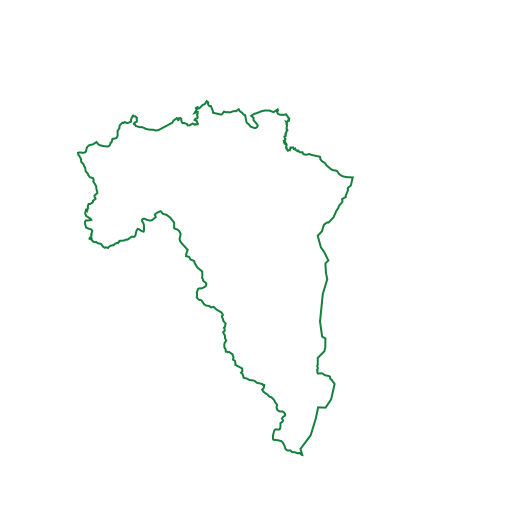 the district of Chucuito, Puno, Peru, rotated 324°
{"feature_id": "86281439B79480017417132", "entity_name": "Chucuito", "entity_type": "district", "adm_level": 2, "iso_a3": "PER", "parent_name": "Peru", "parent_adm1": "Puno", "projection": "orthographic", "projection_center": [-69.392, -16.675], "detail": "fine", "context": "isolated", "style": "outline", "palette": "green", "viewbox_px": 512, "rotation_deg": 324, "n_neighbors": 0, "source": "geoboundaries", "source_scale": "gbopen_adm2", "svg_char_len": 6092}
<svg xmlns="http://www.w3.org/2000/svg" viewBox="0 0 512 512"><g transform="rotate(324 256 256)"><path d="M193.9,70.0L189.8,69.9L186.4,68.4L184.6,68.4L182.8,68.9L179.9,71.5L178.8,71.7L176.9,71.0L174.3,68.6L172.7,67.9L171.7,69.8L171.9,71.3L171.4,74.5L169.9,77.3L170.4,80.3L169.6,82.9L169.7,84.0L168.0,87.4L168.3,90.6L167.8,92.2L168.0,94.8L169.9,97.1L169.3,99.2L168.2,100.0L167.8,105.4L166.0,108.5L165.7,110.0L164.6,111.8L160.9,112.1L160.0,113.6L160.1,115.0L159.6,115.5L156.5,115.5L156.1,116.3L155.1,116.7L152.3,116.4L151.2,115.5L148.7,117.3L148.4,118.6L147.1,118.9L146.8,119.4L146.3,118.9L145.6,120.1L145.2,119.0L143.0,120.9L142.1,123.7L144.0,128.5L144.0,129.9L142.1,129.2L139.1,127.2L138.2,127.6L136.7,129.1L135.3,133.2L137.2,136.3L138.2,137.3L138.3,139.5L135.2,141.8L135.4,142.3L133.8,143.7L133.6,144.4L132.8,143.6L132.0,143.8L132.2,144.3L131.6,144.5L132.6,146.3L132.7,148.8L133.9,150.3L135.1,151.0L135.5,152.7L137.7,155.0L137.7,158.4L138.4,160.4L139.7,160.8L141.0,162.5L141.7,162.2L144.5,162.2L146.9,163.4L147.3,163.1L148.1,163.5L149.3,163.2L151.7,163.9L152.0,164.4L152.5,164.0L153.7,164.2L154.4,163.5L158.7,166.1L160.1,166.2L161.7,167.2L167.0,167.3L168.1,168.6L169.0,168.9L170.6,168.4L174.0,165.4L176.2,164.5L177.1,165.6L177.8,167.9L179.3,170.2L180.4,169.6L183.5,165.1L184.2,163.1L184.3,160.9L185.0,159.8L185.9,159.5L187.5,160.0L189.0,162.7L190.9,164.9L192.8,165.9L197.8,165.6L198.6,163.0L200.9,162.8L204.8,163.5L205.4,164.2L205.4,167.0L207.9,170.3L209.2,174.8L209.4,180.8L206.1,185.5L208.1,188.7L208.5,190.7L208.1,193.8L204.0,197.5L203.2,200.2L204.3,210.9L200.4,213.6L199.3,215.0L201.3,217.2L201.0,220.4L203.0,223.7L202.2,225.9L201.8,231.0L203.4,236.9L200.4,241.3L199.5,241.9L199.4,243.5L198.7,244.9L199.8,248.8L198.3,250.7L196.5,250.9L192.8,250.2L191.0,248.8L189.7,248.7L186.6,250.8L185.5,252.9L183.7,254.7L184.0,257.6L185.8,259.8L185.7,264.9L186.5,266.7L188.9,269.2L189.4,271.1L191.9,272.4L192.5,276.0L194.9,281.4L194.8,283.1L194.5,284.3L193.1,284.6L192.6,285.4L192.3,287.6L191.5,289.0L191.4,291.3L191.8,292.7L189.3,295.0L187.9,295.2L187.6,296.8L186.7,298.1L184.6,298.3L184.0,302.3L182.7,304.1L182.1,307.0L179.4,308.0L178.4,308.8L176.7,311.4L176.5,313.8L175.3,315.6L176.3,316.4L176.6,317.3L177.8,317.8L179.2,321.6L178.1,324.9L176.5,326.3L177.3,328.5L176.3,330.8L175.3,331.8L178.7,338.9L177.2,341.2L175.3,341.6L175.7,344.0L174.4,347.1L176.6,349.9L178.0,352.7L180.8,355.2L181.7,356.9L182.1,359.0L185.9,363.3L185.9,364.5L186.8,365.2L184.7,367.3L182.5,367.7L182.3,370.6L183.8,374.7L184.2,377.9L185.5,379.4L186.0,383.5L185.5,385.5L185.6,388.8L183.4,390.8L182.8,393.2L183.8,395.7L186.1,397.4L186.7,399.2L186.6,401.2L185.6,402.2L183.3,402.1L181.5,402.7L181.2,405.1L180.1,405.6L177.5,405.6L175.2,408.8L173.4,410.1L172.5,409.9L169.8,407.7L168.1,408.0L163.8,411.6L162.1,414.3L162.1,414.9L165.4,417.9L167.7,420.7L168.0,422.1L167.7,425.8L166.4,429.2L166.9,431.3L167.5,432.2L169.5,433.4L170.0,436.0L172.2,437.7L173.7,440.1L175.4,440.9L176.0,443.5L176.5,444.1L178.6,438.2L194.8,433.2L208.9,422.6L217.3,415.0L223.2,419.6L232.7,416.0L244.4,405.7L244.4,400.6L243.9,398.9L244.8,397.5L244.7,396.4L241.6,392.8L240.7,390.0L237.0,387.4L237.3,386.0L238.4,384.9L238.4,384.2L240.2,383.1L240.9,380.9L241.9,380.4L246.1,374.7L255.2,373.3L258.2,370.8L263.7,363.5L262.1,360.1L269.3,346.6L287.7,326.0L300.0,316.7L302.6,310.9L307.8,302.8L311.9,302.2L313.5,293.0L313.6,287.1L317.8,275.9L323.9,274.8L327.9,271.6L329.9,270.6L333.3,270.7L334.4,271.6L341.4,270.3L347.7,266.6L350.3,265.8L352.7,264.2L357.9,262.9L359.1,260.6L363.4,261.0L364.1,259.9L369.3,256.7L369.8,255.4L370.5,254.9L373.7,254.8L374.7,254.3L380.4,249.3L375.5,245.3L372.9,242.4L371.5,238.9L371.4,234.5L368.8,231.9L367.8,230.2L366.3,224.0L366.4,221.2L365.0,217.8L365.0,215.4L366.1,213.7L365.8,213.0L360.2,206.7L359.2,204.9L356.3,203.7L354.7,202.2L354.2,201.0L354.6,199.4L352.3,197.7L352.2,196.3L351.4,195.8L351.7,195.1L351.0,195.0L350.3,193.3L350.9,192.1L349.5,191.5L349.8,189.9L348.5,189.2L347.2,189.3L347.2,188.9L345.5,190.3L345.1,189.6L343.8,189.6L343.7,186.8L344.3,186.7L344.3,185.5L345.6,184.7L346.3,183.7L346.4,183.0L345.6,182.9L345.3,182.3L346.6,180.9L345.6,180.5L346.1,180.1L346.1,179.2L348.2,179.0L348.6,178.7L348.4,178.0L349.2,176.0L350.7,176.3L351.3,174.8L352.2,174.8L352.3,174.0L354.3,173.2L354.7,172.3L355.4,172.5L355.7,170.7L358.2,168.2L358.1,167.1L359.1,166.7L359.3,165.1L359.8,165.8L360.7,165.8L361.3,165.3L361.7,165.9L362.2,165.9L362.5,165.2L363.0,165.1L363.8,164.2L363.3,163.1L363.7,161.6L363.7,160.5L363.3,160.2L363.5,159.0L361.2,158.0L358.4,155.7L357.5,154.5L357.3,153.3L357.8,151.5L359.3,151.3L359.7,150.1L354.8,150.0L352.4,146.3L349.3,143.9L346.2,142.3L339.8,140.7L338.5,140.0L334.5,139.8L335.2,142.9L333.9,144.6L334.3,150.8L334.0,151.5L332.8,152.3L331.1,152.3L330.1,151.8L327.7,148.2L327.6,145.2L326.9,143.0L327.3,141.3L330.0,135.7L329.0,134.2L329.0,132.0L328.0,129.4L328.3,127.1L325.1,127.2L323.0,125.6L319.3,124.6L317.8,123.0L316.8,122.6L315.0,120.4L311.8,121.3L310.8,121.0L305.9,115.4L305.5,114.7L306.4,113.2L307.6,108.1L306.6,107.6L306.2,106.7L306.6,104.4L307.6,103.9L307.5,102.5L307.1,101.7L303.9,103.0L301.6,102.5L296.9,103.2L295.6,102.6L296.2,101.2L294.5,100.9L294.0,102.7L290.4,104.2L291.6,104.5L292.3,104.1L293.6,105.1L292.3,106.7L291.3,107.0L290.5,109.4L289.5,110.1L287.8,109.4L286.3,109.8L287.4,112.1L286.8,113.6L286.8,114.7L286.2,115.2L284.1,114.0L284.1,113.6L283.6,113.7L282.6,111.6L278.9,111.2L277.5,110.2L277.7,108.4L275.9,106.1L274.8,105.4L274.6,104.4L275.2,102.4L276.1,101.4L275.9,99.9L274.8,99.3L273.3,100.4L272.8,100.3L273.2,98.5L273.0,97.9L268.8,98.0L266.6,99.0L251.1,96.8L248.6,95.5L247.3,93.7L243.8,90.9L241.4,88.2L240.9,86.8L239.4,84.6L237.8,83.6L235.2,80.2L235.4,78.5L234.7,77.8L234.8,77.3L236.7,76.8L238.3,77.2L239.3,76.4L240.0,74.9L240.9,74.2L240.4,72.0L239.3,71.3L239.2,70.2L238.8,70.1L235.0,72.2L234.1,73.7L233.5,73.9L230.3,72.9L229.6,72.4L228.6,70.5L227.2,70.6L226.3,69.6L222.8,70.2L222.0,70.6L220.7,72.2L217.4,73.6L214.9,77.2L213.3,78.3L212.0,78.5L208.7,76.9L205.8,79.2L204.9,78.9L203.3,80.2L201.5,80.7L199.4,79.6L195.6,75.7L194.1,73.1L193.9,70.0Z" fill="none" stroke="#15803d" stroke-width="2"/></g></svg>